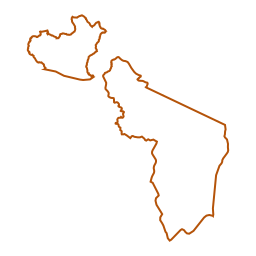 outline of Ngatpang, Aimeliik, Palau
{"feature_id": "81905179B51358963868347", "entity_name": "Ngatpang", "entity_type": "district", "adm_level": 2, "iso_a3": "PLW", "parent_name": "Palau", "parent_adm1": "Aimeliik", "projection": "mercator", "projection_center": [134.507, 7.458], "detail": "fine", "context": "isolated", "style": "outline", "palette": "amber", "viewbox_px": 256, "rotation_deg": 0, "n_neighbors": 0, "source": "geoboundaries", "source_scale": "gbopen_adm2", "svg_char_len": 5414}
<svg xmlns="http://www.w3.org/2000/svg" viewBox="0 0 256 256"><path d="M121.8,134.3L123.6,134.3L124.4,134.0L126.6,135.3L130.3,138.1L131.6,136.4L132.1,136.1L132.8,136.0L134.4,136.8L137.6,137.3L140.0,137.3L141.9,136.6L144.4,138.7L145.1,140.0L146.2,140.6L148.2,139.3L150.2,140.4L153.4,139.6L154.7,140.4L156.9,141.6L156.4,143.6L152.6,150.3L152.1,151.6L152.0,153.1L152.4,154.2L155.6,159.3L156.0,160.3L156.0,161.8L155.6,163.1L154.3,165.5L154.0,166.3L153.7,168.1L154.2,170.7L154.2,171.8L153.9,173.0L152.3,176.0L151.7,177.5L150.6,181.7L152.7,182.8L158.3,193.8L158.7,195.5L156.0,198.2L155.5,200.7L156.5,204.8L162.2,214.1L160.3,217.3L160.2,220.2L162.2,223.3L163.4,225.6L165.5,231.8L166.6,233.1L167.8,238.2L169.7,240.6L171.2,239.7L180.6,230.0L182.0,229.2L183.1,229.7L184.2,230.3L185.3,231.9L187.0,233.4L189.2,233.7L193.5,230.9L204.1,217.5L206.5,215.6L209.3,215.0L212.8,215.8L213.0,216.0L213.3,214.5L212.9,208.5L216.1,175.2L219.5,165.7L221.5,163.4L222.2,161.8L222.3,160.2L223.2,158.4L226.9,153.4L227.8,152.0L228.2,150.3L227.9,147.2L228.0,143.9L227.0,139.5L225.0,137.4L224.4,136.2L224.9,134.4L225.1,131.4L225.6,129.4L225.0,124.9L146.1,87.4L145.9,87.2L146.7,86.6L147.4,84.5L147.7,83.9L147.5,83.0L147.3,82.7L145.5,82.3L143.5,81.2L142.6,80.9L139.4,80.7L138.5,80.5L137.5,79.5L137.7,79.0L138.9,78.2L138.9,77.9L140.7,76.6L140.8,75.9L140.6,75.6L138.8,75.1L136.1,73.7L134.2,71.9L131.3,67.9L128.9,63.7L127.6,62.0L125.5,61.1L123.4,60.8L122.0,60.1L120.6,59.0L118.8,57.2L118.1,57.0L116.9,57.5L115.4,58.9L114.0,59.6L113.7,59.5L112.8,59.9L111.9,60.4L111.3,61.2L111.3,61.9L111.5,62.2L111.2,62.5L111.5,63.9L111.8,64.1L111.3,64.9L111.8,66.1L111.1,67.1L111.1,67.8L110.6,68.8L110.3,69.1L110.3,69.5L110.0,70.3L109.3,71.0L107.7,71.6L106.9,72.3L105.0,72.9L104.3,74.2L103.5,74.9L103.1,75.8L103.2,76.6L105.8,81.9L106.2,82.8L106.1,84.5L105.4,87.9L105.6,89.1L107.6,91.2L108.6,92.7L108.7,93.8L108.3,96.0L108.6,96.5L109.4,97.2L111.2,97.9L113.0,98.0L113.7,98.2L114.0,99.5L114.0,100.8L114.1,102.3L114.7,102.7L116.6,102.2L117.2,102.3L117.9,102.7L118.9,104.0L119.0,105.8L118.5,105.9L118.5,106.4L118.9,106.7L121.3,107.6L121.8,108.3L121.6,109.7L120.9,110.4L120.7,110.9L121.1,111.2L123.2,111.4L123.9,112.0L123.8,112.6L123.2,113.3L123.0,114.0L123.6,116.4L123.4,116.9L122.7,117.7L122.0,117.8L121.0,116.9L120.4,117.7L118.7,117.8L118.3,118.0L117.8,118.5L117.3,119.6L117.6,121.3L117.6,122.0L117.0,122.6L115.8,122.9L115.6,123.2L115.6,123.6L116.0,123.8L117.5,123.9L118.2,124.2L118.5,124.6L118.7,126.2L119.1,126.9L120.4,127.6L120.3,130.1L121.3,130.8L121.7,131.3L121.6,133.6L121.8,134.3ZM93.5,77.0L92.9,76.7L93.1,76.6L93.3,76.1L93.1,75.6L92.6,75.5L92.5,75.8L92.1,75.8L92.0,76.2L92.3,76.7L91.7,77.3L91.6,76.6L91.2,75.8L90.3,75.3L90.3,75.1L89.8,74.9L89.7,74.7L88.9,74.6L88.8,74.4L89.0,74.2L88.9,73.8L88.6,73.8L88.6,73.5L88.3,73.6L87.4,72.0L87.4,70.4L86.9,68.1L86.4,66.9L86.2,66.8L86.2,66.4L86.6,65.1L86.9,64.9L86.9,63.1L87.5,62.1L87.6,60.9L87.8,60.7L87.8,60.0L88.5,58.7L88.7,56.9L89.9,55.8L90.6,55.3L91.7,54.9L93.5,53.6L94.0,53.5L95.3,52.1L95.5,52.1L95.6,51.9L96.9,51.2L96.6,50.5L96.8,50.0L95.7,48.0L95.7,47.7L96.0,46.7L95.7,45.1L96.0,44.8L97.2,42.8L98.5,41.7L98.8,41.2L98.8,40.1L99.1,39.8L99.2,39.5L99.1,39.4L99.6,38.7L99.8,37.6L99.6,37.4L99.6,37.1L99.8,37.0L100.0,36.6L100.3,35.1L100.6,34.2L101.0,33.7L101.6,33.3L101.6,33.1L101.8,32.9L102.1,32.9L102.4,32.6L103.0,32.4L103.5,32.7L104.6,32.4L104.8,32.6L105.1,32.4L105.2,32.1L105.4,32.0L105.5,31.8L105.4,30.7L105.6,30.7L105.1,30.0L102.9,28.6L102.6,28.8L102.3,28.8L102.2,28.7L101.0,28.2L100.7,27.8L100.5,27.2L100.3,27.1L99.8,26.1L99.3,24.3L99.5,24.3L99.4,23.7L99.5,23.5L99.3,22.6L98.7,21.8L98.3,21.8L97.0,22.6L96.5,22.6L96.2,22.8L95.6,23.5L95.4,23.7L94.4,25.1L93.6,25.7L92.8,26.0L92.7,26.2L92.3,26.4L92.1,26.8L90.4,25.3L90.0,24.3L89.3,23.1L87.5,21.8L86.3,19.3L86.0,19.2L85.9,18.2L84.9,17.6L84.7,17.1L84.1,16.6L82.5,15.6L82.2,15.4L81.3,15.4L80.9,15.8L79.3,16.1L78.8,16.5L77.1,17.4L77.0,17.6L73.6,17.4L72.5,16.8L71.7,18.1L71.8,18.7L71.6,19.3L72.0,20.2L72.0,21.2L72.2,22.0L72.5,22.3L72.6,22.7L73.3,23.5L75.0,26.4L75.1,26.9L74.9,27.8L75.2,28.4L75.2,29.7L74.5,31.6L73.9,31.8L72.3,33.3L71.6,33.5L71.1,34.3L70.9,34.5L69.0,34.9L68.2,34.6L67.1,34.7L66.2,33.9L65.3,34.0L63.8,33.5L62.7,33.4L62.3,33.5L62.1,33.8L60.5,34.1L60.5,34.3L59.9,35.1L60.0,35.7L59.7,36.4L59.4,36.8L58.4,38.0L58.3,39.0L58.2,38.6L57.8,38.2L56.5,38.3L56.5,37.6L55.8,37.0L55.5,37.0L54.2,36.5L53.4,36.1L52.9,35.7L52.3,35.4L51.5,35.5L50.7,34.8L49.3,34.3L48.6,33.8L48.0,33.9L48.0,34.1L47.7,34.3L47.2,33.3L47.7,32.7L47.6,32.2L48.0,32.0L47.4,30.5L45.5,31.0L40.5,32.0L40.4,31.6L40.1,31.7L40.7,33.7L40.7,34.5L40.5,34.9L40.1,35.4L39.8,35.5L39.5,35.4L38.1,36.4L37.5,37.0L37.0,36.9L36.6,37.0L35.9,36.4L34.8,36.2L33.1,36.2L32.2,36.6L31.6,37.2L31.7,37.5L31.3,38.0L30.8,38.1L30.6,38.6L30.3,38.6L30.1,39.3L30.4,39.7L30.6,40.3L30.2,41.3L30.0,41.2L29.7,41.2L29.2,41.9L28.8,42.6L28.8,43.1L28.3,44.0L28.3,44.9L28.8,45.6L28.8,46.0L28.7,46.2L28.3,46.8L28.1,47.6L28.2,48.4L27.9,48.9L27.8,50.1L28.6,51.6L28.8,51.8L29.3,51.8L29.4,52.1L29.0,52.2L29.0,52.6L29.7,54.0L30.9,54.7L31.9,55.0L32.4,54.7L33.0,55.5L33.6,55.8L33.5,56.6L33.8,57.2L35.0,58.4L35.4,59.3L36.2,60.7L37.5,62.2L38.7,62.6L39.0,62.5L39.2,62.2L40.8,62.6L41.5,62.4L42.6,63.6L43.1,63.8L43.4,64.2L43.9,64.5L44.0,65.9L44.2,66.0L44.5,66.9L44.9,67.4L45.2,68.1L45.5,68.1L45.5,68.3L45.0,68.5L44.9,68.7L45.1,69.2L44.8,69.3L55.7,71.5L64.0,75.8L80.0,79.6L83.1,80.0L90.0,79.4L93.5,77.0Z" fill="none" stroke="#b45309" stroke-width="2"/></svg>